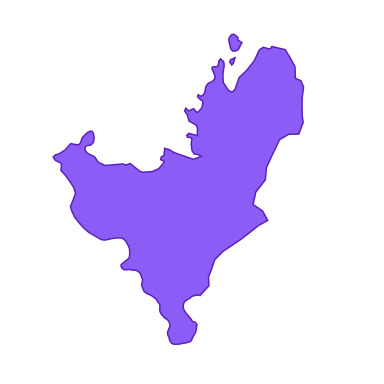 outline of Rason City, Rasŏn, North Korea, rotated 169°
{"feature_id": "82179303B91931790309769", "entity_name": "Rason City", "entity_type": "district", "adm_level": 2, "iso_a3": "PRK", "parent_name": "North Korea", "parent_adm1": "Rasŏn", "projection": "robinson", "projection_center": [130.492, 42.382], "detail": "fine", "context": "isolated", "style": "filled", "palette": "violet", "viewbox_px": 384, "rotation_deg": 169, "n_neighbors": 0, "source": "geoboundaries", "source_scale": "gbopen_adm2", "svg_char_len": 5934}
<svg xmlns="http://www.w3.org/2000/svg" viewBox="0 0 384 384"><g transform="rotate(169 192 192)"><path d="M85.9,319.6L86.9,318.3L88.7,317.6L94.5,320.5L98.9,318.6L105.8,309.0L115.8,300.4L123.8,295.5L130.2,284.6L132.9,282.7L134.6,282.8L137.0,285.2L140.4,293.7L139.1,302.1L136.2,310.1L136.1,314.0L138.6,317.3L140.8,315.2L141.8,311.9L143.5,310.3L148.1,310.9L148.9,309.2L147.2,301.2L148.4,298.4L150.7,296.8L155.3,295.6L158.0,293.2L161.0,286.4L163.2,284.8L165.1,284.3L167.4,286.3L168.2,285.0L167.7,282.9L164.5,279.5L164.2,278.1L166.0,273.1L170.3,269.6L172.0,269.2L174.5,273.5L179.8,272.2L182.0,275.5L183.8,273.1L182.0,269.0L181.3,262.1L175.1,256.9L174.5,253.2L176.1,246.3L183.8,250.2L186.4,248.7L186.0,246.6L183.3,245.9L181.9,244.2L183.6,239.4L184.1,232.6L182.6,228.9L178.8,227.5L176.1,225.3L184.3,223.8L201.9,234.0L206.0,237.8L210.5,240.1L212.5,233.2L215.6,232.2L216.6,229.7L213.7,227.7L214.3,225.9L220.4,221.2L226.9,219.7L235.9,220.6L239.4,222.4L247.2,231.7L251.8,231.1L254.2,232.7L272.0,234.6L278.3,239.0L280.8,245.0L287.6,250.4L288.9,253.4L288.4,256.3L286.9,257.5L282.3,257.4L279.4,259.4L277.8,263.4L277.6,268.7L278.6,270.7L280.0,271.1L283.3,270.4L289.3,266.4L292.3,261.2L294.8,260.0L302.0,262.6L308.6,257.4L316.0,254.6L318.9,254.6L321.6,252.8L320.1,249.0L315.3,245.5L315.0,242.8L316.6,238.2L313.2,232.7L309.4,224.5L307.1,218.6L306.6,212.8L310.0,207.3L314.1,200.9L313.5,195.6L311.8,189.2L308.0,182.0L305.0,177.1L301.0,172.0L290.2,162.6L288.7,162.1L287.6,161.7L286.9,161.5L286.1,161.4L285.6,161.4L284.8,161.4L284.1,161.4L283.3,161.5L280.7,161.5L277.3,161.5L275.1,161.3L274.6,161.2L273.9,161.1L272.7,160.9L271.5,160.7L270.9,160.4L270.4,160.3L269.9,160.1L269.4,159.8L268.8,159.4L267.9,158.5L267.5,158.0L266.8,157.1L266.5,156.6L266.2,155.9L266.0,155.3L265.8,154.7L265.6,154.1L265.4,153.3L265.3,152.6L264.9,151.9L264.6,151.2L264.5,150.0L264.3,149.4L264.3,148.7L264.3,147.8L264.4,147.1L264.4,146.2L264.5,145.8L264.6,145.3L264.7,144.7L264.9,143.5L265.1,142.5L265.3,141.9L265.7,140.7L266.0,140.0L266.4,139.5L267.1,138.7L267.6,138.4L268.1,138.1L270.4,137.1L271.6,136.3L272.2,136.0L272.6,135.7L274.2,135.0L274.6,134.7L274.9,134.6L275.3,134.2L275.5,134.0L275.6,133.7L275.7,133.0L275.7,132.6L275.7,132.3L275.6,131.9L275.4,131.2L275.2,130.9L274.9,130.2L274.5,129.6L274.2,129.3L274.0,129.1L273.2,128.7L272.7,128.5L272.2,128.4L271.0,128.2L269.1,128.0L268.6,127.9L267.3,127.5L266.9,127.3L266.5,127.1L266.1,127.0L265.7,126.8L265.3,126.7L264.9,126.6L263.9,126.3L262.3,126.0L261.8,125.8L261.7,125.6L261.4,125.4L260.6,124.6L260.3,124.4L259.9,124.1L259.6,123.7L259.0,122.9L258.7,122.5L258.5,122.1L258.3,121.7L258.1,120.8L258.0,119.9L257.9,119.5L257.9,119.1L257.8,118.0L257.7,117.6L257.4,116.6L257.3,116.4L257.2,116.1L257.2,115.8L257.3,115.4L257.4,114.7L257.7,114.2L258.0,113.4L258.2,112.9L258.3,112.5L258.4,112.1L258.8,111.2L259.2,110.2L259.2,109.8L259.1,109.4L259.1,108.9L258.9,108.0L258.7,107.6L258.8,107.1L258.6,106.8L258.6,106.2L258.5,105.9L258.5,105.5L258.4,105.0L258.4,104.7L258.2,104.3L257.9,103.5L257.5,102.9L257.0,102.3L256.5,101.7L255.4,100.8L254.8,100.3L253.9,99.7L253.4,99.4L252.9,99.1L252.4,98.7L252.1,98.4L251.7,98.1L251.3,97.8L250.9,97.3L249.9,96.4L249.4,95.9L249.3,95.5L248.9,95.0L248.2,94.3L247.5,93.5L247.3,93.1L247.1,92.7L247.0,92.3L246.9,91.8L246.5,90.5L246.2,90.0L246.0,89.6L245.7,89.2L245.5,88.7L245.4,88.4L245.2,87.6L245.1,87.3L245.1,86.9L245.2,86.7L245.3,85.9L245.5,85.1L245.7,84.7L245.8,84.1L246.0,83.6L246.0,83.2L246.2,82.2L246.2,80.8L246.1,80.0L245.8,79.2L245.8,78.9L245.5,78.1L245.3,77.9L245.1,77.2L245.0,76.9L244.5,76.3L244.3,76.0L243.9,75.2L243.6,74.5L243.4,74.2L242.9,73.6L242.1,73.0L241.8,72.6L241.4,72.2L241.0,71.9L240.6,71.3L240.4,71.0L240.1,70.6L240.0,70.3L239.8,69.8L239.6,69.4L239.3,68.6L239.2,67.8L239.1,67.4L239.1,66.8L239.2,65.4L239.4,64.5L239.8,63.7L240.3,62.9L240.7,62.4L240.8,62.1L241.7,60.8L242.2,59.8L242.5,59.5L242.7,59.1L242.8,58.6L243.0,57.9L243.0,57.4L243.0,56.3L243.0,55.9L242.9,55.3L242.6,54.8L242.5,54.5L242.4,54.3L242.3,53.9L242.3,53.6L242.3,52.8L242.3,52.2L242.2,51.1L242.2,50.7L241.8,49.4L241.4,48.5L241.2,47.9L240.9,47.5L240.5,47.1L240.3,46.9L239.9,46.7L239.5,46.4L239.2,46.3L238.1,45.9L237.5,45.7L236.7,45.6L235.9,45.5L234.5,45.3L233.8,45.2L233.0,45.1L232.2,45.1L230.8,45.2L229.6,45.3L228.1,45.1L226.9,45.1L226.3,45.1L225.2,45.2L224.1,45.3L223.6,45.3L222.6,45.4L221.9,45.6L221.7,45.8L220.9,46.5L220.4,47.2L219.9,47.9L219.6,48.3L219.3,48.8L218.6,49.6L218.3,50.3L217.9,50.7L217.5,51.0L217.1,51.4L216.8,51.7L216.4,52.1L215.8,52.9L215.5,53.4L214.9,54.3L214.7,54.7L214.2,55.6L214.1,56.0L213.9,56.4L213.8,56.8L213.7,57.2L213.3,58.6L213.3,59.0L212.9,59.8L212.8,60.0L212.5,60.5L212.4,60.8L212.4,61.0L212.8,61.9L213.0,62.3L213.4,63.1L213.6,63.5L213.9,63.7L214.4,64.0L214.8,64.2L215.1,64.3L215.4,64.4L215.8,64.7L216.1,65.0L216.3,65.3L216.6,65.7L216.7,66.1L216.9,66.7L217.2,67.3L217.5,68.0L217.8,68.5L218.1,69.2L218.4,69.6L219.5,71.7L219.7,72.2L220.4,73.4L220.9,74.0L221.2,74.5L221.3,75.0L221.5,75.5L222.1,77.1L222.4,78.1L222.5,78.8L222.5,79.8L222.5,80.4L222.5,81.3L222.4,81.8L222.1,82.9L221.9,83.4L221.6,83.9L221.4,84.3L221.0,84.7L220.8,85.1L220.4,85.4L219.3,86.3L218.8,86.6L218.1,86.9L216.8,87.2L216.3,87.5L215.8,87.6L214.2,88.2L213.8,88.4L213.4,88.7L212.7,89.2L212.2,89.5L211.7,89.6L210.8,89.7L210.1,89.8L209.4,89.8L207.9,89.9L206.7,89.8L205.9,89.7L204.9,89.4L204.5,89.3L204.0,89.1L203.8,88.9L193.3,96.7L192.0,105.5L187.3,112.9L182.6,121.2L172.6,127.9L152.8,136.3L133.0,146.4L123.1,149.7L126.3,159.8L134.4,168.1L129.3,179.9L117.7,189.9L114.3,201.7L105.9,213.4L95.9,226.8L86.0,230.2L76.1,228.5L69.6,239.0L69.3,245.3L67.6,255.3L65.8,263.7L62.4,273.8L63.9,280.5L68.8,283.8L67.0,295.5L70.2,305.6L73.4,314.0L85.9,319.6ZM120.7,338.9L123.2,338.8L125.7,336.8L126.9,334.2L126.7,325.2L125.2,322.6L122.4,322.1L119.4,322.9L114.5,329.2L117.3,331.8L117.9,332.2L117.5,335.1L120.7,338.9ZM124.2,315.6L128.8,314.5L130.2,312.4L128.7,309.1L126.9,310.3L124.2,315.6Z" fill="#8b5cf6" stroke="#5b21b6" stroke-width="1.5"/></g></svg>